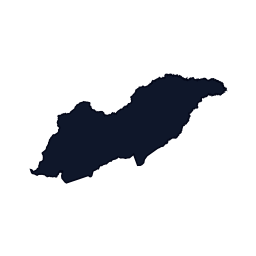 Itiquira, Mato Grosso, Brazil (orthographic projection), rotated 161°
{"feature_id": "56859067B35371788967725", "entity_name": "Itiquira", "entity_type": "district", "adm_level": 2, "iso_a3": "BRA", "parent_name": "Brazil", "parent_adm1": "Mato Grosso", "projection": "orthographic", "projection_center": [-54.701, -17.321], "detail": "fine", "context": "isolated", "style": "filled", "palette": "ink", "viewbox_px": 256, "rotation_deg": 161, "n_neighbors": 0, "source": "geoboundaries", "source_scale": "gbopen_adm2", "svg_char_len": 5890}
<svg xmlns="http://www.w3.org/2000/svg" viewBox="0 0 256 256"><g transform="rotate(161 128 128)"><path d="M73.0,165.4L73.6,166.0L74.7,166.3L75.7,165.8L76.5,163.8L76.8,163.5L77.6,163.7L77.9,163.4L78.5,164.3L79.2,163.8L79.8,164.0L80.7,163.8L81.7,165.1L81.8,164.8L82.6,165.0L82.6,164.6L83.5,164.8L83.8,164.4L84.0,164.7L85.1,164.7L86.7,164.3L86.8,163.8L87.3,164.1L87.5,163.7L88.6,164.3L89.0,164.2L89.2,164.6L89.6,164.4L90.4,162.9L90.7,163.3L91.6,162.3L92.3,162.6L92.3,162.1L92.6,161.9L93.1,162.1L94.5,161.8L95.0,161.3L98.1,161.1L99.5,161.5L100.2,162.6L100.6,162.6L101.2,162.2L101.8,162.1L104.1,162.8L104.9,161.8L106.3,161.8L107.4,161.2L107.9,161.3L108.5,160.5L108.4,159.9L109.1,159.6L110.6,158.1L111.7,158.0L113.1,156.8L114.8,156.5L115.2,156.1L114.9,154.8L115.5,153.9L115.5,152.5L116.5,150.9L118.4,150.4L119.6,150.7L119.9,150.2L121.6,149.4L121.7,148.4L122.1,148.8L123.8,149.4L124.2,148.8L125.1,149.0L126.3,148.2L126.6,147.5L129.0,148.0L129.9,147.5L131.8,147.1L133.9,146.0L134.7,145.0L135.1,145.5L136.2,145.7L136.0,146.3L136.2,146.6L136.6,146.3L137.5,146.9L137.7,147.3L138.6,146.9L139.7,146.0L140.7,146.1L140.9,146.5L141.4,146.3L142.4,146.6L142.7,146.3L143.4,146.4L144.8,147.3L145.8,147.3L145.5,147.8L146.5,148.5L146.2,149.5L146.5,149.8L146.2,150.1L147.1,151.8L148.7,152.4L151.0,152.7L151.3,153.1L152.2,152.9L153.1,153.8L153.1,154.3L154.0,154.9L154.0,155.7L154.3,156.1L155.1,156.2L155.5,156.8L156.5,157.0L156.7,157.4L156.2,158.6L156.8,159.5L156.4,160.3L156.7,160.4L156.7,160.8L157.3,161.0L156.5,163.4L156.1,163.8L156.1,164.3L158.2,165.6L159.5,166.0L160.2,166.7L161.2,166.7L161.4,167.2L162.5,167.0L165.4,167.2L166.6,166.3L167.1,166.5L169.0,166.2L169.2,165.8L171.1,164.8L171.8,163.5L174.2,162.6L175.1,162.5L176.1,161.7L176.8,161.8L177.5,160.9L179.2,160.6L180.1,161.1L181.5,160.9L182.5,162.0L183.0,161.5L184.0,162.3L185.1,161.8L185.5,162.3L186.0,162.3L186.3,161.9L187.8,161.8L189.4,162.3L190.2,162.0L189.9,161.6L190.0,160.7L190.7,159.9L190.6,158.8L192.2,157.3L193.0,156.0L192.9,154.1L193.6,153.0L193.3,152.3L192.7,152.0L192.8,151.5L192.4,151.2L192.4,150.3L193.8,148.8L194.1,148.8L194.5,147.2L196.1,146.1L198.6,145.5L199.2,145.1L200.4,145.7L201.5,145.5L202.6,144.4L203.8,144.0L204.4,143.2L206.0,142.2L206.7,140.8L207.6,140.1L208.1,138.9L210.4,136.7L211.0,136.4L212.1,134.4L213.2,133.7L217.1,132.3L217.3,131.6L216.9,129.9L217.4,127.7L218.6,125.1L220.1,124.4L222.4,124.3L224.1,121.5L224.6,121.2L224.9,119.6L225.3,119.2L226.7,119.1L228.0,117.9L231.3,117.5L232.4,118.3L232.4,119.0L232.7,119.7L233.6,120.3L233.6,117.2L233.3,116.4L232.5,115.7L231.7,115.5L229.5,113.2L228.9,113.0L227.9,113.5L224.1,112.3L221.5,110.7L221.1,109.6L220.5,109.0L220.2,108.4L217.6,108.2L217.2,107.5L216.4,107.4L215.4,106.6L212.9,106.1L212.0,105.2L211.2,105.3L210.8,106.2L209.5,106.8L209.6,107.1L208.9,107.2L207.9,108.5L207.0,108.7L206.6,108.4L206.3,108.6L206.2,109.4L205.9,109.3L205.5,108.5L205.3,109.2L204.2,108.7L203.9,108.5L204.8,106.5L206.2,104.4L206.7,102.0L205.1,97.5L204.1,96.2L181.4,96.1L180.6,95.6L179.7,94.3L178.8,94.2L177.8,94.8L175.5,98.3L174.7,98.9L172.3,99.0L170.6,99.6L169.3,99.1L167.1,101.6L164.9,101.1L163.7,101.6L160.9,101.5L160.1,101.2L157.5,102.4L156.1,102.7L154.7,102.2L153.8,102.9L152.7,103.2L149.6,102.9L149.0,103.4L148.3,103.1L147.3,103.9L146.5,103.9L144.7,102.2L142.3,101.6L140.0,100.1L138.9,100.2L136.2,99.5L131.2,101.4L131.0,89.6L128.5,88.8L126.8,89.0L124.5,90.1L122.9,92.9L119.1,95.6L106.6,99.3L104.8,99.4L102.7,99.9L101.8,99.6L100.4,99.6L97.5,101.7L97.2,100.9L96.2,101.2L95.7,101.1L95.0,102.2L95.3,102.7L93.9,103.6L92.6,103.3L92.2,103.4L92.2,103.9L90.7,103.9L89.5,104.4L88.5,103.9L87.4,104.2L87.2,103.5L86.0,103.0L85.2,103.5L84.7,103.5L83.5,104.5L82.4,105.0L82.4,105.8L80.0,106.3L79.4,106.7L79.7,107.1L79.6,107.6L78.8,107.7L78.1,108.3L77.8,109.1L75.7,112.3L74.2,112.3L74.3,112.7L73.5,113.5L72.6,113.1L71.6,113.2L70.8,114.0L70.3,114.1L69.9,114.9L68.6,115.1L68.2,115.7L68.4,116.5L68.2,116.9L67.5,117.1L66.8,118.3L65.7,119.0L65.6,119.8L66.1,120.7L65.5,122.1L64.1,122.0L62.1,123.3L61.3,123.6L61.0,124.6L60.0,125.1L59.3,124.6L58.0,125.2L56.0,124.5L55.6,124.7L55.3,125.7L55.5,126.9L54.6,127.9L54.8,128.1L54.3,128.8L52.7,129.8L51.7,129.6L51.3,130.0L50.1,130.0L50.1,129.7L49.7,129.9L49.8,131.0L49.5,131.1L48.9,132.6L48.2,132.9L46.6,132.1L45.0,132.9L44.3,132.3L43.7,132.7L43.3,132.4L40.9,133.9L40.8,133.5L40.4,133.6L40.1,133.3L40.0,132.8L39.2,133.0L39.2,132.5L38.7,132.7L38.5,132.2L38.0,132.1L37.7,131.8L37.9,131.3L35.4,131.2L35.0,131.6L34.6,130.9L34.2,130.9L33.5,131.8L32.5,130.7L32.4,131.1L30.7,130.2L30.1,129.3L29.0,129.5L28.4,130.1L27.0,130.1L26.6,130.9L25.7,130.8L25.9,131.1L25.1,131.9L23.9,131.7L23.4,132.2L23.5,133.8L22.8,132.7L22.8,133.1L22.4,133.5L23.5,134.3L23.9,134.1L24.2,134.4L23.9,134.8L24.5,134.9L24.2,136.1L24.5,136.7L24.2,137.1L24.7,137.4L24.2,137.7L24.3,138.2L23.9,138.8L24.3,139.8L24.6,139.5L25.3,139.5L25.2,140.0L25.5,141.3L26.1,141.3L26.6,142.0L27.0,141.8L28.2,142.8L27.5,142.8L27.4,143.2L27.7,143.5L29.0,143.8L28.9,144.2L29.4,144.3L29.6,145.1L29.9,145.0L31.3,145.6L31.0,146.6L32.0,146.9L33.1,146.7L33.2,147.2L34.8,146.9L35.0,146.5L35.6,146.4L36.1,146.8L36.7,146.6L38.2,148.1L38.2,148.6L38.8,148.8L38.8,149.5L39.4,149.9L39.9,150.0L39.8,149.5L41.0,150.1L41.6,149.8L42.9,150.4L44.0,150.2L45.5,150.6L45.7,151.2L46.2,151.0L46.7,151.5L47.3,150.5L47.7,151.3L49.1,151.8L49.8,152.4L49.8,153.4L50.1,154.3L51.3,154.3L51.6,154.1L52.8,154.8L53.1,154.7L52.5,154.3L53.2,153.6L54.1,153.9L55.7,153.5L56.4,153.6L56.6,153.8L56.1,154.5L57.4,154.8L56.9,155.5L57.4,155.3L58.5,156.1L58.4,155.5L59.1,155.3L59.8,156.3L59.4,156.4L59.8,157.6L60.3,157.3L60.6,157.5L61.2,158.5L61.0,159.3L62.0,160.3L62.1,159.6L62.5,160.2L63.1,159.7L64.7,161.1L64.8,161.6L64.0,161.4L64.3,162.1L66.2,161.8L66.3,162.2L67.3,162.5L67.5,163.2L68.4,162.5L68.4,163.0L69.6,163.7L69.5,164.2L70.3,164.1L69.9,164.5L70.1,164.8L70.6,164.5L71.0,165.0L71.8,165.2L73.1,164.7L73.0,165.4Z" fill="#0f172a" stroke="#020617" stroke-width="1.5"/></g></svg>